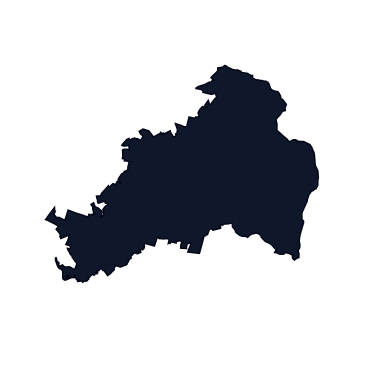 Galesti, Mures, Romania (Robinson projection), rotated 293°
{"feature_id": "2599482B64118138183254", "entity_name": "Galesti", "entity_type": "district", "adm_level": 2, "iso_a3": "ROU", "parent_name": "Romania", "parent_adm1": "Mures", "projection": "robinson", "projection_center": [24.743, 46.496], "detail": "fine", "context": "isolated", "style": "filled", "palette": "ink", "viewbox_px": 384, "rotation_deg": 293, "n_neighbors": 0, "source": "geoboundaries", "source_scale": "gbopen_adm2", "svg_char_len": 5983}
<svg xmlns="http://www.w3.org/2000/svg" viewBox="0 0 384 384"><g transform="rotate(293 192 192)"><path d="M264.7,295.0L274.3,290.0L276.4,288.5L276.8,287.8L280.0,284.7L281.7,281.9L282.1,275.2L280.3,270.4L280.2,269.2L280.6,267.3L279.8,264.9L277.7,263.1L276.4,262.5L276.2,261.8L277.9,258.6L278.9,255.0L281.9,246.4L282.4,245.8L287.7,243.7L291.3,241.0L293.8,241.5L297.5,243.0L301.2,243.6L301.9,244.0L303.5,246.1L305.6,244.7L309.5,244.6L312.7,239.0L312.4,237.3L312.7,236.6L314.0,236.7L315.0,235.9L317.1,233.3L317.8,232.0L317.9,231.4L317.2,229.3L317.2,225.4L318.2,223.6L321.4,220.8L322.6,219.1L322.6,217.9L322.9,217.0L322.2,215.2L321.8,212.1L321.2,211.4L321.1,209.1L320.4,207.6L320.3,206.4L320.6,203.3L322.9,202.2L322.3,200.0L322.9,196.8L321.3,190.9L322.2,190.1L322.2,186.4L321.2,184.4L320.6,181.5L320.9,175.2L320.9,174.6L321.5,174.0L321.2,172.6L318.1,171.0L318.3,170.3L317.1,169.2L317.2,168.5L316.2,167.2L314.4,168.1L312.7,168.1L304.9,164.8L304.6,164.9L303.6,168.1L303.2,168.1L303.1,167.3L302.7,167.0L300.8,167.0L300.0,165.1L296.0,161.9L291.4,156.4L289.2,155.1L288.8,155.2L289.9,160.1L289.6,162.0L289.0,162.7L288.0,163.2L289.5,171.9L292.1,174.9L289.0,177.6L285.8,176.3L279.9,174.9L279.5,174.4L279.7,173.7L282.6,171.2L276.9,169.9L275.7,172.2L274.5,171.6L275.3,170.4L274.5,170.0L275.0,168.6L274.8,168.3L270.8,166.9L267.6,166.6L266.3,167.3L264.7,169.0L264.2,169.1L263.6,168.1L262.6,167.3L262.6,166.1L260.9,165.8L259.9,160.0L249.9,161.6L248.9,159.1L249.1,156.1L248.5,150.0L242.8,155.0L242.0,154.5L240.8,155.4L239.0,154.2L237.4,155.4L235.4,153.5L238.8,148.6L239.8,148.0L235.3,144.2L234.3,144.1L234.0,143.8L235.1,142.6L234.7,142.1L233.2,141.6L233.2,140.9L234.6,140.2L234.7,139.9L233.5,139.8L227.6,135.1L231.4,128.4L230.8,122.3L227.2,119.7L225.3,122.0L224.3,125.4L219.3,124.4L219.8,121.0L219.3,119.8L219.2,118.0L217.8,116.3L215.5,114.6L216.7,113.0L214.3,111.1L213.7,111.4L212.7,110.7L208.6,109.3L207.5,109.2L207.6,111.2L210.1,115.8L206.4,117.8L206.3,116.6L205.0,113.1L203.9,111.7L203.0,111.9L198.5,114.1L195.5,114.9L196.3,116.8L194.2,117.6L195.2,120.1L195.2,120.8L195.0,121.9L194.1,122.8L191.1,123.0L188.8,123.6L188.0,124.2L186.3,123.6L184.5,121.7L184.0,121.6L183.2,121.9L181.2,120.2L175.6,119.1L173.4,119.5L173.3,120.7L172.7,122.7L172.0,122.9L172.2,120.5L172.0,118.9L168.4,118.7L169.0,116.7L168.8,116.0L164.1,113.9L163.8,113.3L164.9,112.6L155.1,109.2L152.8,109.5L150.9,105.7L149.3,106.7L147.6,108.3L146.2,108.8L145.0,110.1L149.3,114.9L149.3,115.2L147.9,116.6L148.6,117.9L147.8,118.9L147.2,119.4L144.7,117.7L141.2,116.8L140.2,117.9L138.2,118.6L136.9,119.7L136.1,119.7L134.4,118.9L133.1,117.8L133.6,117.5L135.1,117.9L136.3,117.8L136.6,117.4L139.3,116.4L139.5,115.0L140.6,112.0L140.5,108.7L143.6,105.7L141.2,103.9L140.2,104.9L140.1,105.8L139.5,106.5L137.2,107.5L133.6,110.4L132.6,110.9L132.8,109.2L132.2,108.4L131.4,108.4L131.3,105.9L128.2,106.0L128.0,100.4L127.3,94.2L126.9,85.0L118.7,85.9L116.8,85.8L116.3,85.5L116.7,79.7L115.8,77.8L115.7,76.9L116.5,75.7L116.9,74.1L118.4,73.7L121.0,73.6L121.0,72.6L122.4,72.3L124.0,71.5L115.7,69.4L109.4,68.0L109.5,70.4L109.0,77.8L108.4,82.6L104.6,81.5L102.7,85.4L101.8,86.6L100.1,88.3L99.5,87.8L97.9,89.4L102.4,93.7L104.3,96.1L98.9,96.6L94.4,96.4L94.8,101.1L93.0,101.8L91.6,101.7L91.5,99.4L91.1,99.6L89.5,101.4L88.8,102.6L87.5,103.8L86.2,106.5L84.9,107.5L84.5,108.6L83.9,109.2L83.5,110.1L82.4,111.5L82.0,112.8L80.8,114.1L76.7,114.3L74.6,114.1L75.3,108.7L73.2,104.0L74.3,101.2L73.7,100.9L73.5,100.5L72.9,100.6L72.4,100.0L72.4,98.2L73.3,97.5L74.9,97.3L75.3,95.0L77.7,93.3L78.4,92.5L78.1,92.3L77.4,92.2L75.7,93.2L71.9,96.6L70.1,98.8L69.7,100.1L69.9,101.8L68.6,103.9L61.7,107.0L61.1,109.0L61.9,110.6L62.7,110.9L63.0,111.5L64.1,110.7L64.9,110.9L65.8,110.2L64.6,109.9L64.7,109.4L65.1,109.4L66.5,110.0L67.6,111.5L67.4,111.6L66.4,110.7L64.9,111.5L64.1,111.6L63.8,112.1L65.8,114.3L66.6,114.7L66.7,116.2L67.3,117.2L67.7,117.3L68.4,116.8L69.1,116.9L66.7,119.4L66.0,120.9L66.4,121.8L65.4,121.4L65.0,121.7L66.6,124.5L66.9,125.5L66.7,126.3L66.3,126.5L68.7,128.6L68.4,129.3L68.9,129.5L69.5,130.3L70.6,130.3L71.3,130.9L72.1,130.4L76.1,131.8L77.6,132.8L77.0,134.3L79.7,135.5L79.6,136.5L81.0,136.7L82.2,135.4L83.0,135.7L83.0,136.9L86.5,138.1L84.9,140.7L85.5,141.4L82.1,147.0L84.6,148.6L85.6,148.8L86.2,149.4L87.4,149.5L89.9,150.8L90.1,150.1L92.9,150.3L94.5,149.8L94.3,151.2L94.8,152.5L94.9,155.3L99.2,159.9L100.4,160.4L100.7,159.7L101.1,159.5L102.1,160.5L105.2,160.6L106.8,161.3L107.4,161.9L108.5,160.8L113.1,162.4L114.2,163.5L113.6,163.9L114.3,164.7L115.0,164.3L115.2,164.8L113.7,165.7L116.4,168.5L118.0,167.1L119.9,168.1L119.9,168.5L119.6,169.2L121.2,169.3L121.2,169.8L123.2,169.6L123.3,169.0L126.3,168.5L127.6,178.5L137.0,177.6L136.3,179.9L138.1,185.0L138.4,185.0L140.0,189.4L135.3,190.3L136.4,191.3L136.3,192.0L137.9,191.8L138.5,195.8L139.0,197.4L140.8,196.8L141.3,198.4L142.1,198.0L142.5,203.8L142.0,203.7L141.9,202.7L141.3,202.2L138.8,202.4L135.9,203.5L137.8,209.1L138.6,208.6L142.3,207.7L145.0,211.2L135.1,211.6L138.4,222.8L153.2,220.8L155.8,220.1L156.5,221.2L157.5,221.2L158.8,222.9L162.1,222.7L163.9,222.7L164.8,223.0L165.9,224.7L165.0,226.1L169.7,232.4L173.2,231.1L173.8,232.1L173.3,233.1L174.9,233.9L177.2,238.4L178.6,239.8L178.8,241.3L175.6,243.0L174.2,246.1L172.7,247.4L171.8,248.6L170.9,252.1L170.8,255.2L172.2,259.0L172.0,261.0L173.8,261.5L177.0,263.7L177.3,264.5L179.2,266.8L179.7,269.4L178.6,272.9L178.4,273.5L177.5,273.2L175.1,278.9L175.1,283.5L174.2,286.6L172.6,289.9L172.3,291.3L171.5,292.4L170.7,291.9L168.6,291.7L169.0,292.4L169.1,297.2L170.5,300.6L172.2,301.4L173.0,302.6L173.4,305.8L173.1,309.3L170.6,310.2L169.7,311.7L169.5,313.1L170.8,313.6L172.4,314.8L173.4,316.0L176.9,314.6L179.4,312.7L180.3,312.5L182.0,312.9L183.4,312.7L185.6,311.9L189.0,309.7L191.9,308.9L194.6,308.2L207.8,306.6L209.0,305.8L209.4,304.4L210.1,303.7L214.9,301.6L216.7,301.3L228.6,301.6L230.2,301.1L235.3,300.7L239.3,301.6L240.6,302.9L242.7,303.9L243.5,304.9L247.5,305.1L252.1,303.2L254.8,302.6L260.7,299.5L264.7,295.0Z" fill="#0f172a" stroke="#020617" stroke-width="1.5"/></g></svg>